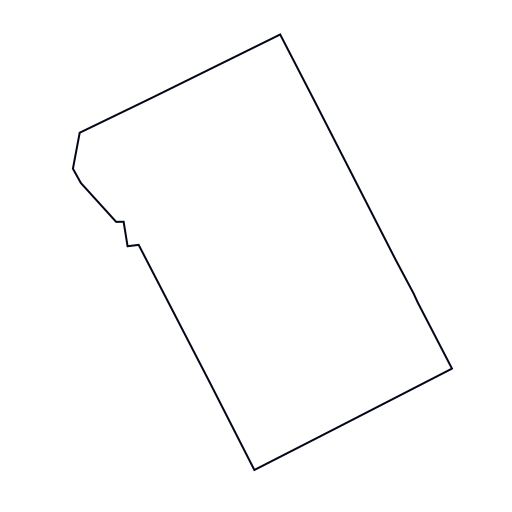 Franklin, Mississippi, United States of America, rotated 63°
{"feature_id": "52423323B97407151829576", "entity_name": "Franklin", "entity_type": "district", "adm_level": 2, "iso_a3": "USA", "parent_name": "United States of America", "parent_adm1": "Mississippi", "projection": "albers", "projection_center": [-90.954, 31.466], "detail": "fine", "context": "isolated", "style": "outline", "palette": "ink", "viewbox_px": 512, "rotation_deg": 63, "n_neighbors": 0, "source": "geoboundaries", "source_scale": "gbopen_adm2", "svg_char_len": 399}
<svg xmlns="http://www.w3.org/2000/svg" viewBox="0 0 512 512"><g transform="rotate(63 256 256)"><path d="M111.5,378.9L162.1,365.1L165.4,358.4L189.0,366.0L192.8,355.5L346.4,354.6L445.9,354.6L445.8,273.8L445.3,132.5L370.2,133.0L361.0,132.6L322.5,133.3L145.3,133.5L88.7,133.8L69.6,133.9L67.7,281.2L67.5,290.6L66.1,357.1L95.1,379.5L111.5,378.9Z" fill="none" stroke="#020617" stroke-width="2"/></g></svg>